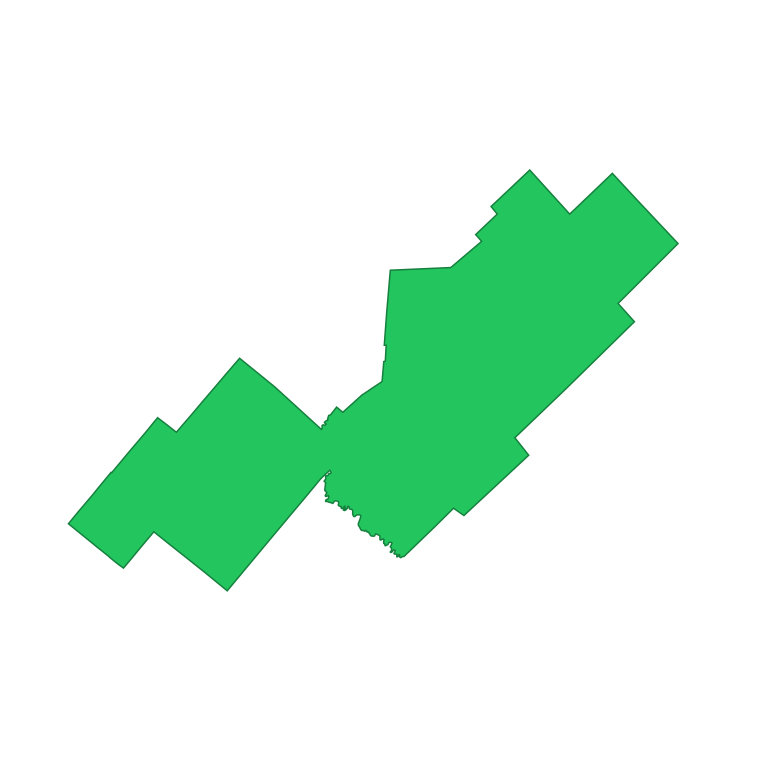 Giurgita, Dolj, Romania, rotated 309°
{"feature_id": "2599482B97852940082202", "entity_name": "Giurgita", "entity_type": "district", "adm_level": 2, "iso_a3": "ROU", "parent_name": "Romania", "parent_adm1": "Dolj", "projection": "robinson", "projection_center": [23.602, 44.033], "detail": "fine", "context": "isolated", "style": "filled", "palette": "green", "viewbox_px": 768, "rotation_deg": 309, "n_neighbors": 0, "source": "geoboundaries", "source_scale": "gbopen_adm2", "svg_char_len": 5054}
<svg xmlns="http://www.w3.org/2000/svg" viewBox="0 0 768 768"><g transform="rotate(309 384 384)"><path d="M678.2,524.1L686.3,464.6L691.4,428.9L632.9,421.4L642.0,362.6L606.9,357.9L589.3,355.5L587.3,365.1L557.8,361.2L556.3,370.1L516.5,362.6L476.4,317.3L441.1,341.2L414.3,359.8L415.5,361.3L402.6,370.6L401.3,369.7L385.4,380.5L384.1,380.8L376.1,378.3L361.5,373.8L336.1,369.8L336.2,361.7L326.5,361.9L324.7,360.8L320.9,362.4L320.9,362.9L320.7,363.0L320.0,363.0L319.7,362.8L318.8,362.1L316.7,361.8L316.5,362.2L316.4,362.7L316.6,363.8L316.4,364.2L316.2,364.3L315.1,364.1L314.5,363.7L314.0,362.4L313.2,362.1L312.7,362.0L311.0,363.5L309.5,364.1L309.3,363.9L313.0,300.7L313.1,255.6L309.8,255.5L304.6,255.3L299.8,255.2L291.5,254.9L285.4,254.8L273.1,254.5L258.7,254.1L249.2,253.9L238.9,253.7L215.9,253.0L215.8,251.2L215.8,250.1L215.7,245.1L215.7,242.6L215.7,241.2L215.5,235.7L215.4,231.3L215.3,229.9L215.4,229.3L209.2,229.2L198.3,229.2L192.7,229.1L172.7,228.6L165.6,228.5L151.2,228.3L145.4,228.2L143.6,228.2L143.5,227.5L123.9,227.3L114.1,227.3L100.0,227.0L93.8,226.8L76.8,226.7L76.7,261.6L76.7,263.8L76.8,278.7L76.8,279.1L76.6,279.6L76.6,281.2L76.6,284.2L76.6,288.0L76.7,292.4L77.0,297.4L87.2,297.6L107.1,297.8L117.0,298.0L120.4,298.1L124.3,298.1L124.3,298.3L124.3,302.9L124.5,330.6L124.6,337.4L124.8,362.3L124.6,392.3L188.7,393.2L224.9,393.8L245.7,394.2L255.4,394.3L260.4,394.4L266.7,394.4L270.3,394.5L271.6,394.6L274.2,394.9L279.3,395.7L282.9,396.2L282.6,396.9L282.5,397.4L282.0,398.3L281.5,398.8L281.0,398.9L280.7,398.8L280.4,398.3L280.1,397.8L279.6,397.6L278.8,397.8L277.8,398.0L277.4,397.9L277.0,397.5L276.5,397.0L276.1,396.7L275.8,396.7L275.4,396.8L274.6,397.6L273.2,398.6L272.6,398.7L272.3,398.7L272.1,398.5L271.8,398.4L271.3,398.5L270.6,398.9L270.7,399.5L270.7,400.8L270.5,401.0L269.4,401.3L268.2,402.4L267.7,402.5L267.4,402.7L265.5,403.9L264.5,404.6L264.0,405.1L263.9,405.6L264.2,405.9L264.1,406.3L263.6,407.1L263.7,407.6L263.1,408.1L262.4,408.2L261.0,408.4L260.2,408.6L259.9,409.3L260.1,409.5L260.6,410.2L261.4,410.4L262.2,410.7L262.2,411.1L261.9,411.8L260.9,412.3L260.3,412.6L259.4,412.8L258.8,412.7L258.4,412.3L258.1,412.0L257.8,411.9L257.2,411.9L256.5,412.1L256.2,412.3L256.1,412.8L256.3,413.0L256.5,413.3L257.0,413.8L257.2,414.6L257.5,415.6L258.5,417.8L258.8,418.9L258.9,419.3L259.5,419.4L260.2,419.3L260.6,419.2L261.1,419.3L261.7,419.3L262.2,419.6L262.9,420.0L263.0,420.2L263.2,420.7L263.8,421.9L263.9,422.6L263.3,423.3L262.5,424.0L261.6,424.4L261.4,424.4L261.2,424.6L261.0,424.9L260.9,425.2L260.9,425.4L261.1,425.9L261.3,427.2L261.5,427.6L261.8,427.8L261.8,428.1L261.5,428.2L260.9,428.6L260.6,428.9L260.6,429.2L260.6,429.5L261.1,430.0L261.5,430.2L262.1,430.4L262.4,430.6L262.8,430.4L263.3,430.3L263.5,430.2L263.9,430.2L264.1,430.3L264.3,430.4L264.2,430.5L263.9,430.7L263.7,430.9L263.5,431.1L263.4,431.5L263.2,432.1L263.0,432.3L262.7,432.7L262.2,432.0L261.6,431.7L261.3,431.7L260.8,431.7L260.5,431.7L260.5,432.0L260.9,433.0L261.3,433.3L261.8,433.4L262.8,433.7L263.6,433.7L264.3,433.7L264.9,433.4L265.4,433.0L265.8,432.9L266.4,433.2L266.6,433.6L266.6,434.0L266.5,434.4L266.0,434.7L265.6,434.9L265.4,435.4L265.3,436.2L265.5,436.7L265.8,437.1L266.1,437.4L266.3,437.9L265.8,439.4L264.7,440.4L263.3,441.3L262.1,443.4L262.0,443.8L262.4,444.6L262.9,444.8L263.5,444.8L264.7,445.2L265.8,445.9L266.5,446.7L266.9,447.2L267.1,448.0L266.9,449.0L266.4,449.2L264.4,450.2L261.1,451.3L259.1,452.0L257.9,453.3L257.7,454.3L256.8,456.3L256.2,457.8L256.2,459.0L257.2,460.3L257.4,461.4L257.6,461.5L258.2,461.5L258.4,461.7L258.7,462.0L258.4,462.2L258.3,462.7L258.4,463.1L258.7,463.5L258.4,463.8L258.4,464.1L258.7,464.7L259.2,465.3L258.9,465.7L258.5,466.9L258.4,467.8L258.0,468.3L257.8,468.8L257.9,469.8L258.8,471.2L259.7,472.2L260.1,472.3L260.7,472.1L262.1,471.9L262.3,472.1L262.5,472.4L262.9,473.7L263.0,474.4L263.5,475.5L263.3,476.3L262.2,477.4L260.5,478.8L260.5,479.3L260.7,479.8L262.0,480.2L262.8,480.4L263.0,480.6L262.9,480.8L262.8,481.0L263.0,481.2L263.1,481.7L263.0,482.1L262.3,482.5L261.7,482.6L261.2,482.9L260.5,483.6L259.9,484.2L260.0,484.4L260.3,484.7L260.2,485.0L259.9,485.5L259.5,486.0L259.1,486.5L259.2,486.8L259.8,487.3L260.5,487.6L261.0,487.6L261.7,488.1L262.2,488.0L262.6,487.8L263.0,487.8L263.9,487.7L264.3,487.9L264.7,488.1L265.1,488.7L265.4,489.5L265.5,490.0L265.3,490.4L264.8,490.5L263.6,490.8L263.1,491.2L262.6,491.2L261.7,491.2L261.4,491.6L261.1,492.8L260.7,493.8L259.9,494.3L258.5,494.6L257.4,494.6L257.3,494.8L257.4,495.2L257.9,495.7L258.5,495.9L259.3,495.9L260.4,496.0L260.9,496.0L261.2,496.2L261.4,496.5L261.6,497.0L261.8,497.4L261.7,497.5L260.7,498.0L260.0,498.1L258.6,498.4L258.4,498.8L258.5,499.2L258.6,499.5L259.1,499.9L259.4,500.5L259.6,501.3L259.3,501.6L258.7,501.9L258.1,502.4L257.8,502.7L257.9,502.9L258.3,503.2L258.7,503.4L259.1,503.5L259.8,503.1L260.8,502.9L261.0,503.7L260.2,504.2L259.5,504.8L259.4,505.4L259.5,505.9L259.5,506.2L259.9,506.5L261.3,506.8L262.6,508.1L306.5,513.5L331.2,516.2L332.1,528.9L419.7,541.3L424.6,519.5L495.4,528.5L590.0,539.4L593.9,515.2L678.2,524.1Z" fill="#22c55e" stroke="#15803d" stroke-width="1.5"/></g></svg>